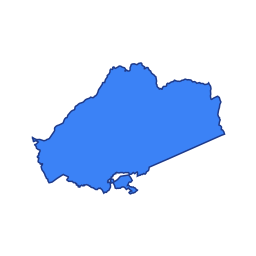 the district of Gualaca, Chiriquí, Panama, rotated 66°
{"feature_id": "35544464B22441081783437", "entity_name": "Gualaca", "entity_type": "district", "adm_level": 2, "iso_a3": "PAN", "parent_name": "Panama", "parent_adm1": "Chiriquí", "projection": "albers", "projection_center": [-82.239, 8.607], "detail": "fine", "context": "isolated", "style": "filled", "palette": "blue", "viewbox_px": 256, "rotation_deg": 66, "n_neighbors": 0, "source": "geoboundaries", "source_scale": "gbopen_adm2", "svg_char_len": 5907}
<svg xmlns="http://www.w3.org/2000/svg" viewBox="0 0 256 256"><g transform="rotate(66 128 128)"><path d="M68.4,121.2L69.4,121.6L69.8,122.0L70.9,123.3L71.6,125.6L72.1,125.9L72.7,125.9L73.0,126.1L74.5,128.8L76.9,130.8L76.7,131.0L76.7,131.5L76.3,132.2L76.4,132.9L77.6,133.7L79.6,136.8L80.7,138.7L81.4,139.6L83.2,141.1L84.8,143.0L85.5,144.7L85.4,145.7L86.0,146.7L86.1,147.3L85.9,148.0L84.6,149.6L85.1,151.0L84.8,154.1L84.9,155.1L85.1,155.9L86.1,158.1L86.1,159.7L85.8,162.4L86.1,163.7L86.6,165.1L86.8,166.9L87.3,167.8L89.0,168.9L89.4,169.3L89.5,169.9L89.4,171.7L89.6,173.0L90.0,174.0L91.8,177.7L93.7,179.4L93.4,180.8L93.9,182.0L94.8,183.1L96.7,184.9L97.0,185.4L97.1,186.2L97.2,189.6L97.0,191.7L97.2,193.1L97.6,194.1L98.0,194.8L98.4,195.2L100.4,196.0L100.9,196.5L105.6,204.1L105.7,205.4L105.5,206.7L105.8,207.9L105.6,209.3L105.4,210.1L102.6,213.2L101.5,216.1L99.7,217.8L97.8,219.1L98.4,219.4L100.2,219.4L101.3,219.8L101.9,219.8L102.1,219.6L102.0,218.3L102.3,217.3L103.5,216.0L104.3,215.7L105.2,217.9L105.4,218.8L105.4,219.7L104.9,220.3L106.3,219.7L107.9,219.4L108.9,219.8L109.3,219.8L111.3,218.7L111.8,217.9L112.4,217.4L113.4,217.8L113.8,218.2L114.3,219.0L114.9,219.3L115.1,220.1L115.8,220.4L116.0,220.2L116.4,220.5L116.9,221.1L116.9,222.0L117.4,222.5L117.8,222.6L118.3,222.5L118.7,221.8L119.1,221.7L121.6,223.5L122.3,223.8L122.8,223.7L124.1,222.7L125.2,222.8L125.4,222.4L125.7,222.2L125.4,221.8L125.8,221.4L125.8,220.8L126.0,220.7L126.6,221.1L126.7,221.6L127.3,222.0L127.6,222.7L128.0,223.1L130.4,223.5L132.1,223.5L133.4,223.0L134.5,223.0L135.7,222.8L137.7,223.0L139.1,223.0L139.7,222.8L140.9,223.0L142.1,222.1L143.8,222.6L145.9,222.4L146.1,221.8L146.5,219.2L145.2,213.3L144.1,206.0L144.9,205.5L147.0,203.5L147.6,203.2L148.3,202.4L149.0,202.7L149.5,203.3L149.9,204.0L150.1,204.7L151.1,204.9L152.0,204.1L152.6,203.9L153.0,202.9L154.2,200.5L155.7,200.1L156.3,198.6L157.1,198.5L157.6,197.8L158.0,197.6L158.4,197.7L158.7,198.3L159.0,198.3L159.8,197.5L160.5,196.5L160.8,196.6L161.4,197.4L161.6,197.3L161.7,197.1L161.2,196.6L162.2,196.3L162.4,196.1L161.4,194.9L161.6,194.2L161.4,193.5L162.2,193.1L162.3,192.7L162.6,192.5L162.6,192.2L162.3,191.8L162.2,191.6L162.8,191.5L162.9,191.2L162.7,191.0L162.3,191.0L162.3,190.8L162.8,189.6L162.9,188.7L163.7,188.1L164.2,187.4L164.8,187.2L165.0,186.9L165.5,186.8L165.6,186.3L167.0,185.9L167.8,185.1L168.5,184.0L169.3,183.7L169.6,183.3L170.8,182.8L171.7,181.2L171.1,179.5L171.6,178.5L171.6,177.9L172.1,177.9L173.0,177.1L174.7,176.7L177.7,176.6L177.2,175.1L177.8,174.5L178.0,173.8L177.2,172.4L177.2,170.9L176.4,169.8L176.0,169.6L175.4,168.5L174.8,168.0L173.5,167.4L171.5,166.9L171.4,166.6L171.6,164.0L173.8,163.7L175.4,163.7L177.7,164.1L178.7,163.0L178.8,161.9L179.4,161.0L179.5,160.3L179.9,159.5L179.5,158.4L179.5,157.3L180.1,155.9L181.2,155.1L183.5,154.5L183.1,152.0L183.7,151.7L184.8,151.7L185.5,151.0L187.0,150.3L187.0,152.3L187.3,153.3L187.8,153.3L189.1,152.7L189.2,152.4L189.1,150.6L189.6,149.6L189.5,148.8L189.7,148.0L189.0,146.3L188.8,144.8L188.6,144.6L187.9,145.1L187.0,145.6L185.5,146.0L185.0,146.8L184.1,147.1L183.6,148.6L183.0,149.0L182.5,149.9L181.7,150.5L181.0,150.4L180.7,150.7L180.4,151.2L180.3,151.9L179.8,151.5L179.2,150.5L178.1,149.4L177.9,148.7L178.6,147.6L178.6,147.3L177.9,146.0L177.7,145.5L174.5,145.7L171.2,146.5L169.1,154.5L170.8,158.4L171.6,162.4L171.4,162.6L170.9,162.4L168.9,162.5L168.5,162.7L168.1,164.7L168.5,165.3L169.9,165.4L170.1,167.2L169.7,168.6L169.0,168.6L168.7,167.9L168.0,167.8L167.7,167.6L167.1,164.8L167.3,164.0L166.0,163.2L166.2,162.7L166.2,162.0L165.5,161.5L165.5,161.1L165.0,161.1L164.9,160.9L164.9,160.2L164.6,159.8L164.7,159.4L164.6,158.5L164.7,157.9L164.2,158.0L164.1,157.9L164.0,157.6L164.2,157.2L163.9,156.4L164.1,156.1L164.6,155.8L165.2,154.8L165.6,153.8L165.6,153.1L166.5,151.1L167.4,150.4L167.6,148.6L168.4,147.0L169.0,145.6L171.0,145.5L171.5,143.7L170.8,141.3L172.5,140.4L172.2,139.5L171.8,136.9L172.1,137.4L173.4,137.8L173.9,137.9L174.5,138.6L175.3,138.6L175.8,139.0L175.8,137.7L175.9,136.6L176.1,136.1L175.9,135.8L175.8,134.8L176.3,133.9L176.3,133.4L175.9,132.3L176.2,131.8L176.6,131.8L177.1,131.0L176.4,129.7L175.7,129.2L175.2,126.7L174.7,126.1L172.4,124.5L172.6,102.1L172.7,45.6L172.9,42.3L170.4,42.0L168.3,42.4L167.4,43.4L165.4,42.3L165.0,42.2L163.6,42.6L162.2,43.7L159.4,41.8L158.1,40.5L156.6,40.6L155.9,40.2L154.5,40.7L152.3,40.5L148.5,38.0L146.5,36.2L143.9,34.6L142.2,32.7L141.8,32.5L140.5,32.6L137.2,32.2L136.0,33.0L135.5,33.1L135.4,33.7L135.5,37.7L135.9,39.7L135.8,40.2L135.6,40.4L133.6,40.1L132.1,39.6L130.8,38.7L127.3,37.4L126.6,36.7L125.5,36.1L123.4,35.6L121.1,36.0L119.6,36.0L120.1,37.0L120.1,37.8L119.9,38.9L119.5,40.2L119.0,40.6L117.9,41.3L116.7,43.8L115.8,43.9L115.6,44.2L115.1,47.0L113.9,47.4L112.9,48.1L112.6,48.5L112.4,49.4L112.1,50.2L109.8,51.0L108.3,53.4L108.2,54.1L106.6,55.9L106.6,56.9L106.8,57.7L106.3,59.5L106.6,60.7L106.4,62.0L105.9,62.6L105.6,63.6L105.1,64.1L104.4,65.1L103.3,65.9L103.3,66.4L104.0,67.4L103.7,68.6L103.6,70.7L104.1,72.1L103.7,73.1L103.3,73.4L103.4,74.2L103.8,74.9L104.9,75.4L105.2,75.8L105.2,76.9L104.6,78.3L104.5,78.8L105.1,79.9L106.2,80.8L106.4,81.2L106.2,81.6L105.3,81.9L105.2,83.5L104.9,83.7L104.1,83.5L103.2,84.2L101.9,84.5L100.1,84.0L99.6,84.2L98.8,84.1L97.6,83.4L96.8,82.8L92.5,81.7L91.3,82.4L90.0,82.7L89.0,83.4L87.4,84.2L85.0,84.2L84.1,85.0L83.6,85.0L82.5,85.2L81.0,85.2L80.7,85.6L80.4,86.2L80.4,87.3L80.7,88.2L80.5,88.9L80.1,88.8L78.9,88.0L76.6,89.5L76.0,89.5L74.8,89.2L74.1,89.4L73.7,90.2L73.3,92.2L73.8,93.6L73.7,94.2L71.9,96.2L71.3,98.0L71.3,98.7L71.5,99.4L72.2,99.9L73.7,101.5L75.5,102.3L76.1,102.7L76.3,103.2L76.3,103.8L76.0,104.8L74.6,105.6L74.9,107.1L74.7,107.5L74.4,107.4L74.1,106.6L73.8,106.4L72.9,106.4L71.6,106.7L70.1,108.5L68.8,109.3L68.0,110.4L67.9,111.5L68.2,112.3L68.4,115.3L68.0,115.7L66.6,116.0L66.3,116.7L66.5,117.3L67.6,117.6L68.1,118.4L68.1,118.6L67.4,119.4L67.2,120.0L67.5,120.4L68.4,121.2Z" fill="#3b82f6" stroke="#1e3a8a" stroke-width="1.5"/></g></svg>